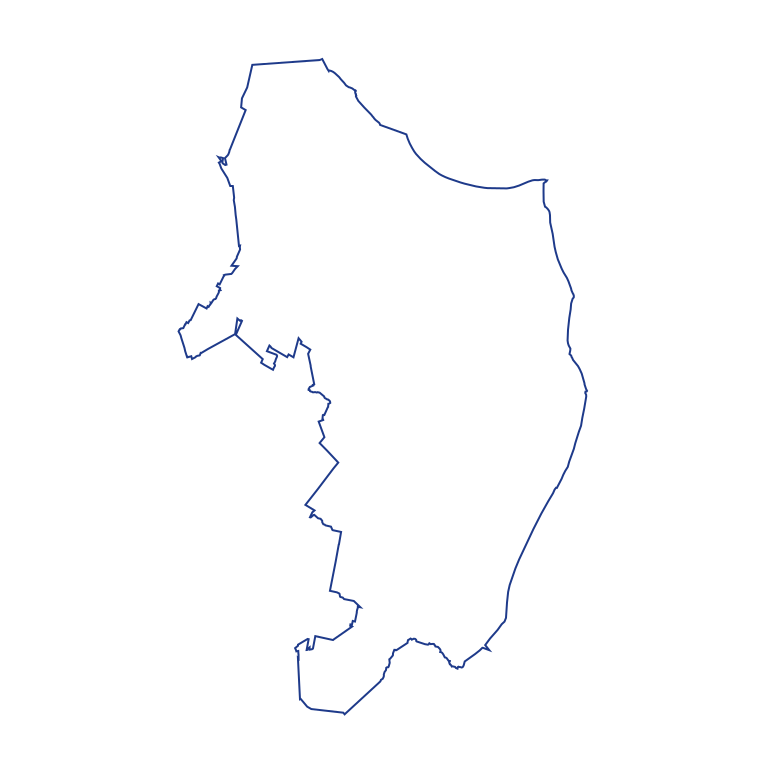 outline of Ahome, Sinaloa, Mexico, rotated 177°
{"feature_id": "50627088B63495042821208", "entity_name": "Ahome", "entity_type": "district", "adm_level": 2, "iso_a3": "MEX", "parent_name": "Mexico", "parent_adm1": "Sinaloa", "projection": "robinson", "projection_center": [-109.057, 25.923], "detail": "fine", "context": "isolated", "style": "outline", "palette": "blue", "viewbox_px": 768, "rotation_deg": 177, "n_neighbors": 0, "source": "geoboundaries", "source_scale": "gbopen_adm2", "svg_char_len": 6098}
<svg xmlns="http://www.w3.org/2000/svg" viewBox="0 0 768 768"><g transform="rotate(177 384 384)"><path d="M473.6,63.2L441.9,57.9L440.6,56.2L440.5,56.3L403.2,87.2L402.5,88.7L400.7,89.7L399.8,91.3L399.4,92.5L399.4,93.9L398.5,96.4L397.1,98.0L396.8,99.2L396.6,100.5L395.7,101.0L394.7,100.9L394.2,101.4L392.9,105.2L393.1,108.8L392.3,109.3L389.5,112.3L389.3,112.7L389.1,114.6L387.6,118.0L386.8,117.9L386.8,117.6L385.6,117.5L374.1,124.2L373.7,126.1L373.3,127.1L372.5,127.4L370.8,128.4L369.6,127.6L369.5,127.3L367.5,128.1L366.2,127.8L365.3,126.9L365.2,125.5L364.9,125.2L356.6,122.0L353.8,121.4L353.1,121.6L352.3,122.7L351.0,121.8L348.5,121.9L347.6,121.6L347.3,120.8L346.8,120.4L346.4,119.2L343.9,118.6L342.3,116.8L341.6,115.6L341.5,114.9L341.9,113.4L340.7,113.1L339.9,112.4L338.9,110.8L337.6,107.8L336.7,107.6L335.8,107.0L334.0,104.2L332.7,103.9L332.8,103.5L333.2,103.3L333.5,103.4L333.6,103.8L333.4,102.0L332.9,101.2L332.9,100.6L332.4,100.4L331.7,99.6L331.1,98.3L330.4,98.5L327.9,97.8L327.0,96.6L325.5,95.9L325.1,97.4L324.7,97.7L324.4,97.8L323.8,97.5L322.6,97.3L321.2,96.8L320.4,97.1L319.8,97.7L319.1,99.0L317.9,102.7L307.1,109.6L302.3,113.0L299.6,115.4L299.1,115.4L292.8,112.7L296.6,118.0L291.4,124.3L283.4,132.5L279.0,138.0L276.1,140.4L274.4,144.1L272.6,159.3L270.9,169.9L269.0,176.7L262.4,193.0L258.2,201.8L242.4,231.3L233.6,246.5L226.2,258.2L220.9,266.1L219.1,269.7L217.6,271.4L216.8,271.2L211.6,280.0L209.7,284.0L207.5,287.8L204.8,291.6L203.1,296.8L197.8,309.3L196.1,314.8L191.9,326.1L189.4,332.0L187.7,339.9L185.4,348.8L182.7,360.9L182.7,362.7L183.5,364.5L183.2,365.8L182.1,365.9L181.6,366.5L182.5,368.5L183.7,372.9L183.8,374.4L186.0,384.0L187.8,388.6L189.3,391.7L194.0,398.2L194.6,400.0L195.2,401.0L195.6,402.6L197.2,404.2L196.3,407.5L196.0,409.6L197.5,412.7L198.1,414.9L198.4,417.8L197.4,428.5L195.5,440.3L193.7,448.7L192.9,454.6L191.2,459.2L190.0,460.5L189.8,462.0L190.2,463.8L190.6,464.3L191.9,467.7L192.2,469.6L194.4,476.8L195.8,480.4L198.8,485.9L200.5,489.8L203.9,499.4L205.6,506.9L206.5,512.2L207.7,525.1L209.6,536.5L209.4,544.0L209.7,546.9L210.0,548.0L211.1,549.9L212.8,551.9L213.9,552.6L215.0,557.7L214.6,568.2L214.1,576.0L212.1,577.5L211.7,577.5L211.1,578.0L210.5,578.8L211.5,578.9L212.7,579.7L213.9,579.8L215.9,579.8L219.1,579.5L223.3,579.8L225.2,579.6L229.3,578.5L238.7,575.1L244.0,573.7L248.7,573.1L251.1,572.9L270.3,574.2L273.5,574.7L281.8,576.5L292.9,579.8L296.9,581.2L308.2,585.7L311.9,587.4L315.4,589.3L317.8,590.8L321.8,594.0L331.7,602.8L335.7,606.9L340.0,612.1L341.7,614.7L343.6,618.3L345.7,622.8L347.5,627.8L348.6,632.1L374.3,642.9L374.7,644.3L375.3,645.2L378.5,648.0L380.0,649.8L380.6,650.9L381.2,651.5L382.7,653.7L389.2,661.1L394.8,668.0L396.9,672.4L397.0,672.9L396.7,673.2L396.9,673.4L396.8,674.8L397.1,674.9L397.5,676.4L397.5,677.4L397.1,677.6L396.8,678.2L397.2,678.8L397.7,678.7L400.2,680.8L402.7,682.0L403.6,682.2L406.3,684.2L408.1,686.9L411.1,690.5L412.7,692.8L416.7,696.9L418.4,698.3L420.2,699.3L421.7,699.8L422.4,700.0L422.8,699.9L422.9,699.6L424.0,701.5L428.7,711.8L431.3,710.9L498.8,709.6L505.1,687.3L510.9,676.7L512.2,667.7L507.8,664.8L525.6,626.1L525.8,626.0L526.5,623.5L527.6,621.2L528.4,620.3L531.0,617.9L529.8,611.3L531.1,611.0L533.5,612.8L533.7,613.2L533.8,613.9L532.9,618.0L535.1,618.8L536.5,618.7L537.3,619.1L534.7,615.0L537.3,613.7L536.6,612.4L535.2,607.8L529.7,598.0L527.2,589.8L524.6,589.6L523.9,577.9L524.4,575.5L523.6,568.6L523.3,560.7L522.9,555.9L521.6,529.4L520.5,529.7L520.8,528.4L520.7,525.8L524.3,518.7L524.4,517.7L524.7,517.0L530.1,510.1L523.9,509.3L526.7,506.7L529.8,502.7L530.7,501.9L536.8,501.5L538.2,501.1L538.0,500.4L538.4,500.1L542.9,492.1L544.4,493.1L545.9,490.4L542.6,488.4L542.7,487.8L543.1,487.0L543.7,486.7L542.7,486.7L542.4,486.2L544.0,485.9L544.1,484.4L544.3,483.8L546.6,480.0L547.2,478.4L547.9,477.7L549.1,477.5L550.0,476.9L552.3,473.7L552.9,474.2L552.9,473.5L553.5,472.2L553.9,472.0L555.1,470.2L556.1,470.9L557.2,468.7L565.0,473.5L573.7,457.9L574.8,457.7L576.4,455.1L578.0,456.1L579.2,453.9L579.5,454.0L581.5,450.3L584.0,450.1L584.6,449.3L585.1,449.4L586.4,447.3L584.6,443.3L583.9,440.1L581.4,430.6L580.8,427.1L579.3,421.4L579.0,421.5L578.9,420.9L575.0,421.8L574.4,419.0L570.9,420.6L570.3,421.3L568.9,421.9L566.6,422.2L566.4,422.4L565.6,424.3L565.5,424.2L557.9,428.2L530.1,441.6L527.0,457.1L524.7,454.8L524.4,454.7L524.1,455.1L523.5,454.8L523.1,455.0L522.5,454.5L529.2,441.2L529.6,441.0L503.8,415.2L505.6,411.7L502.5,409.4L494.1,404.0L493.1,406.1L491.9,407.9L492.0,409.0L492.8,410.2L492.1,411.2L491.4,412.4L490.8,414.2L489.4,417.0L489.3,417.7L489.8,418.8L499.2,422.9L496.4,428.4L495.4,427.4L494.4,425.8L479.3,415.9L477.7,418.5L473.0,415.4L466.9,434.2L464.1,430.5L465.1,428.6L459.5,424.9L455.8,422.2L458.2,418.1L456.3,406.3L456.3,405.2L453.7,387.4L455.0,386.9L454.7,386.2L458.2,384.9L459.6,382.8L459.6,382.0L458.4,381.7L458.3,380.8L457.7,380.4L456.4,380.0L455.4,379.4L453.1,379.5L451.5,379.0L450.7,379.3L448.7,378.7L444.4,374.7L444.2,373.6L443.6,372.9L442.2,372.1L441.5,371.5L440.8,371.5L439.5,370.4L438.9,369.6L438.7,368.7L438.7,367.9L440.2,367.1L440.6,367.1L441.0,364.0L441.3,363.8L445.2,356.2L445.8,356.4L446.5,356.3L446.7,356.1L447.4,351.7L446.7,351.7L446.6,351.2L451.2,349.9L446.3,334.0L451.4,328.4L444.3,320.4L433.8,307.9L438.9,302.3L455.6,282.5L468.8,267.4L460.0,261.4L462.3,259.6L464.9,254.8L464.3,254.6L464.0,254.7L461.1,256.9L460.5,257.0L456.9,253.4L454.4,252.7L452.9,250.7L452.9,249.1L451.9,247.1L450.6,246.7L449.9,245.9L444.4,244.3L443.2,241.0L442.8,240.7L434.6,238.5L437.4,226.1L437.6,226.0L441.6,209.0L448.8,180.3L441.9,178.4L439.6,177.1L439.4,176.8L439.0,173.9L438.4,173.5L436.4,172.9L435.1,171.3L425.5,168.9L419.3,162.3L421.8,162.9L421.9,161.8L422.7,159.7L423.2,157.6L423.1,157.2L425.4,148.3L427.6,149.0L428.6,145.3L430.1,145.7L430.4,144.3L428.6,143.4L447.2,131.8L448.3,131.0L465.8,135.8L468.8,123.5L469.8,122.9L472.3,122.6L472.1,124.9L473.9,123.6L474.8,122.4L475.2,122.4L472.6,133.1L473.6,133.4L483.5,128.2L483.6,127.1L486.6,124.9L485.6,122.3L485.5,121.6L483.6,121.9L483.6,118.9L483.5,118.7L483.7,114.2L484.3,114.9L484.4,73.6L483.7,73.9L477.6,65.8L473.6,63.2Z" fill="none" stroke="#1e3a8a" stroke-width="2"/></g></svg>